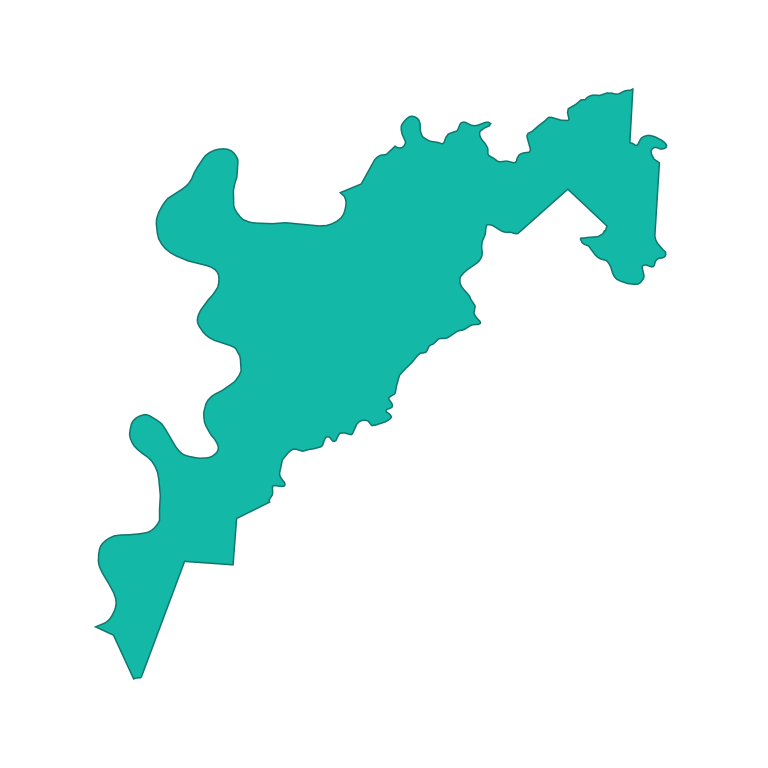 the district of La Lima, Cortés, Honduras, rotated 185°
{"feature_id": "27666195B9619051731773", "entity_name": "La Lima", "entity_type": "district", "adm_level": 2, "iso_a3": "HND", "parent_name": "Honduras", "parent_adm1": "Cortés", "projection": "albers", "projection_center": [-87.885, 15.503], "detail": "fine", "context": "isolated", "style": "filled", "palette": "teal", "viewbox_px": 768, "rotation_deg": 185, "n_neighbors": 0, "source": "geoboundaries", "source_scale": "gbopen_adm2", "svg_char_len": 6167}
<svg xmlns="http://www.w3.org/2000/svg" viewBox="0 0 768 768"><g transform="rotate(185 384 384)"><path d="M128.9,628.3L134.5,631.5L137.6,636.3L138.3,639.1L137.4,641.5L135.5,643.1L133.4,643.4L128.6,642.1L125.7,642.8L123.7,644.1L123.2,645.7L123.8,647.2L125.4,648.9L128.5,651.0L135.4,653.8L139.8,654.7L142.7,654.7L146.3,653.4L148.7,651.8L149.9,650.0L151.9,645.0L152.9,643.8L154.4,643.7L157.6,645.5L160.1,645.7L161.8,699.6L164.4,698.0L166.2,697.9L169.9,696.9L176.0,693.1L179.7,693.1L182.6,693.7L185.7,693.3L186.8,693.5L194.1,690.3L200.0,690.1L201.8,689.8L204.1,688.8L206.6,687.1L208.7,684.5L211.4,684.5L212.6,684.1L217.4,679.2L224.4,674.3L224.8,670.3L222.8,664.0L223.0,663.1L223.6,662.6L230.4,662.2L240.2,664.2L242.6,664.1L243.9,663.4L246.4,660.4L253.1,654.2L258.3,648.7L262.3,646.2L263.2,643.7L262.8,641.9L258.5,630.2L259.4,627.6L265.0,626.4L267.6,625.3L269.6,623.7L271.0,620.5L271.5,617.7L272.5,616.1L274.0,615.7L280.1,616.7L282.5,616.6L286.8,615.6L289.0,615.5L290.3,615.9L294.9,618.7L297.3,619.6L299.8,621.1L300.6,622.5L301.0,627.2L301.7,628.7L304.1,632.3L306.7,634.7L309.0,637.5L310.4,640.3L310.6,643.7L306.7,647.5L301.3,650.5L301.3,651.4L300.4,652.7L303.0,653.9L305.7,653.5L312.8,650.1L315.8,649.2L319.6,649.3L325.8,651.8L327.8,651.8L329.2,651.3L330.3,650.4L331.0,649.1L332.5,644.1L333.3,642.5L340.6,639.3L342.0,638.2L343.8,635.2L345.4,629.5L346.4,628.7L347.6,628.4L350.8,629.3L359.4,629.9L361.8,630.8L366.4,633.2L367.6,634.4L369.2,637.7L369.8,639.5L370.8,646.7L372.5,650.2L374.5,651.9L377.0,652.9L379.8,653.2L381.9,652.5L384.2,650.6L386.9,647.3L388.8,644.0L389.3,641.9L389.0,638.7L387.6,634.2L383.8,627.5L383.7,625.4L384.7,623.1L386.5,621.2L388.8,620.4L391.1,620.6L393.7,621.9L401.7,612.8L407.4,611.6L410.6,609.3L412.9,606.4L424.1,581.3L444.3,570.8L440.2,567.8L438.8,565.5L437.9,562.9L437.5,560.5L437.6,557.6L438.2,553.3L439.1,549.6L441.1,545.9L445.1,542.0L449.8,539.0L455.3,536.8L462.3,535.8L496.0,536.1L509.0,534.0L523.8,533.2L528.9,533.2L532.3,533.6L538.5,535.4L541.6,537.7L545.5,541.9L548.2,545.8L549.3,549.0L550.9,563.6L550.2,570.2L548.6,577.4L548.9,592.9L549.4,595.3L551.1,598.1L553.8,601.1L556.7,603.1L560.4,604.2L564.2,604.3L568.8,603.6L573.1,602.2L578.1,599.3L581.5,596.2L583.5,593.4L589.1,583.2L591.6,577.6L593.5,571.4L596.1,566.7L598.1,564.2L602.1,560.5L615.3,550.2L617.6,547.1L620.4,542.3L623.3,535.5L624.9,529.0L624.8,523.7L622.9,514.3L621.1,509.0L617.7,504.0L613.8,500.0L608.2,496.2L602.6,493.6L589.7,489.5L571.8,486.7L566.4,485.4L562.3,483.2L559.7,480.7L558.3,478.0L557.6,474.8L557.5,470.4L558.0,465.9L562.2,458.1L566.3,452.8L573.1,441.5L574.7,437.4L575.4,434.0L575.5,431.2L574.9,428.5L573.2,425.4L568.7,419.9L565.4,417.1L562.2,415.0L556.7,412.7L540.2,408.8L536.9,407.6L534.8,406.4L530.1,399.3L529.2,396.1L527.5,384.7L528.9,380.3L532.0,374.8L533.5,372.8L544.7,363.4L551.2,359.3L554.6,356.7L557.9,352.6L559.6,349.0L561.1,340.0L560.4,334.5L559.4,330.1L557.6,326.5L552.9,319.5L551.2,317.4L548.5,314.9L546.1,311.8L544.5,309.1L543.5,306.5L543.5,304.1L544.4,301.7L546.4,299.2L549.2,296.8L552.0,295.5L554.8,294.8L559.9,294.1L563.7,294.0L572.3,294.9L576.4,295.8L578.6,296.7L581.9,299.0L586.0,303.3L598.1,320.3L601.5,324.4L603.5,326.0L607.5,328.4L615.1,332.1L617.6,332.6L620.1,332.6L624.8,330.7L627.5,328.9L629.7,326.7L631.2,324.5L632.1,322.2L632.9,316.5L633.0,311.0L631.9,307.5L629.5,303.2L627.5,300.5L624.3,297.7L619.2,294.1L612.8,290.4L608.8,287.1L604.9,282.0L601.8,276.0L600.0,269.2L597.1,253.4L596.7,239.8L595.7,228.6L597.3,224.8L600.1,220.6L602.7,218.0L605.7,216.0L608.5,214.9L615.2,213.3L624.1,211.7L633.8,210.5L639.7,209.1L644.4,206.4L647.3,204.1L650.1,201.2L652.0,198.2L653.0,194.7L653.4,189.6L653.1,182.6L652.2,178.9L650.6,175.5L648.0,171.0L640.4,160.6L635.0,152.3L632.4,146.4L631.7,141.7L632.0,137.9L632.9,134.2L634.9,129.3L636.9,125.8L639.3,123.1L641.2,121.6L650.2,116.9L631.6,110.2L607.7,68.4L604.9,69.6L601.2,70.1L600.2,70.9L567.2,189.9L518.6,190.7L519.1,237.2L487.6,256.4L488.4,258.0L488.3,258.6L485.9,263.1L485.4,264.9L486.1,271.8L485.5,272.9L484.4,273.3L476.9,273.0L475.0,273.4L474.1,274.1L473.9,275.4L474.6,277.2L478.1,281.0L479.5,283.2L480.1,284.8L480.2,286.7L478.6,299.7L473.7,306.8L471.0,309.8L468.6,311.2L465.6,311.3L459.1,309.9L454.1,311.9L448.3,313.4L441.6,315.8L439.9,317.5L438.2,324.0L437.3,325.5L436.1,326.5L434.9,326.6L433.5,326.1L430.2,322.7L428.6,322.4L427.0,323.4L424.9,329.1L423.5,331.2L419.1,331.8L413.1,330.7L411.8,330.8L410.9,332.3L407.4,342.0L405.6,344.1L403.2,345.6L400.1,346.3L396.8,345.9L392.8,341.7L391.8,341.6L388.9,342.3L379.8,346.2L376.5,348.3L374.3,350.6L373.9,351.4L373.9,352.2L374.7,353.4L376.4,355.0L379.0,356.2L379.6,357.7L378.8,358.9L374.4,361.2L373.8,362.1L373.7,363.2L374.2,364.9L377.6,369.0L378.1,370.5L377.0,371.8L372.7,374.9L372.0,376.0L371.3,383.7L369.3,394.1L363.6,401.5L358.2,407.6L353.1,415.2L350.3,417.9L347.3,418.4L345.1,419.3L344.2,420.7L342.3,425.8L340.4,427.2L338.3,428.2L333.4,433.8L331.5,434.3L327.4,434.7L325.3,435.3L323.0,436.9L316.1,442.5L313.3,443.9L310.7,444.4L308.6,445.4L302.5,450.0L300.5,450.8L295.2,451.6L293.3,452.8L293.2,453.7L294.0,454.9L298.1,458.6L300.6,462.2L300.0,468.8L300.3,470.2L304.9,475.8L306.3,478.9L313.3,485.6L315.5,488.1L317.0,491.1L317.5,494.9L317.5,496.5L317.0,497.8L314.0,502.0L310.5,505.5L302.2,512.4L299.9,514.9L298.5,517.5L297.7,520.0L297.5,522.9L298.7,529.2L298.6,534.3L296.2,541.9L296.0,549.3L295.5,551.1L294.7,551.7L293.5,551.9L289.9,551.5L280.2,546.6L277.5,545.9L275.2,545.7L271.1,546.2L266.5,545.2L263.8,545.5L217.9,594.1L175.7,560.9L176.6,556.7L177.0,556.1L178.0,555.6L178.3,554.1L179.4,552.4L183.8,549.4L194.1,547.7L197.0,546.9L200.4,546.6L200.9,546.0L200.8,545.3L199.0,542.1L196.5,540.5L193.4,539.8L191.7,538.8L185.1,531.2L182.0,528.8L179.5,527.6L173.6,526.4L172.2,525.5L170.4,523.5L168.5,520.7L165.9,514.4L164.5,511.9L162.9,510.0L161.0,508.5L156.4,506.8L149.9,505.3L143.1,505.1L139.3,505.8L137.1,507.7L134.9,511.3L134.4,512.8L134.4,514.5L136.7,521.8L137.0,523.3L136.7,524.3L135.4,525.0L133.6,525.5L127.9,524.0L126.4,524.2L125.1,525.6L124.4,529.7L123.3,531.4L121.2,533.2L118.2,533.7L116.2,534.6L115.0,536.0L114.6,537.8L115.0,540.0L117.9,542.2L123.7,547.9L125.7,550.8L127.1,555.1L128.9,628.3Z" fill="#14b8a6" stroke="#0f766e" stroke-width="1.5"/></g></svg>